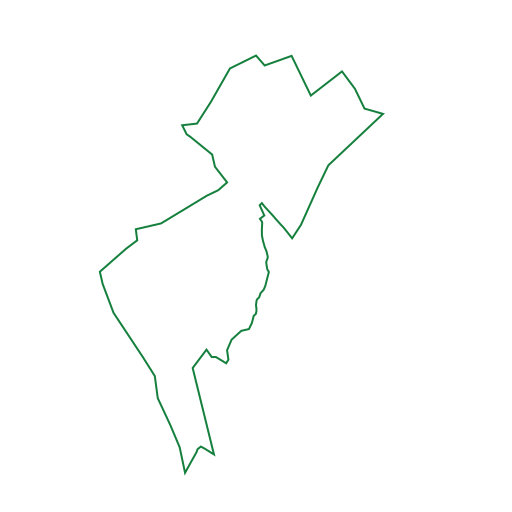 Okaikwei North Municipal, Greater Accra, Ghana (Equal Earth projection), rotated 167°
{"feature_id": "2480657B77934780741907", "entity_name": "Okaikwei North Municipal", "entity_type": "district", "adm_level": 2, "iso_a3": "GHA", "parent_name": "Ghana", "parent_adm1": "Greater Accra", "projection": "equal_earth", "projection_center": [-0.223, 5.629], "detail": "fine", "context": "isolated", "style": "outline", "palette": "green", "viewbox_px": 512, "rotation_deg": 167, "n_neighbors": 0, "source": "geoboundaries", "source_scale": "gbopen_adm2", "svg_char_len": 1382}
<svg xmlns="http://www.w3.org/2000/svg" viewBox="0 0 512 512"><g transform="rotate(167 256 256)"><path d="M216.8,265.1L205.2,276.2L180.3,309.1L165.1,328.1L101.2,365.4L100.3,365.9L117.1,375.2L122.0,396.7L130.7,416.5L166.5,400.0L176.3,443.0L204.7,439.7L210.9,451.3L239.2,444.6L265.1,416.5L283.7,398.3L298.5,400.0L296.2,390.2L293.1,386.8L275.9,364.7L275.9,352.2L267.6,334.2L278.0,328.6L290.4,325.8L341.2,309.1L360.9,309.1L367.1,309.1L368.2,298.0L380.6,292.5L411.7,275.8L411.7,263.3L407.6,232.7L388.9,182.7L381.6,161.8L383.7,139.6L377.5,110.4L373.4,86.8L373.9,60.7L365.5,70.1L358.1,78.2L356.4,80.9L352.6,82.7L349.4,79.9L341.6,72.1L342.9,161.1L325.3,175.9L321.9,167.5L317.8,166.6L309.2,158.2L306.2,161.2L305.4,170.7L298.6,180.0L287.2,186.4L279.3,186.4L275.8,190.8L275.1,191.6L271.7,198.2L269.2,199.6L268.7,200.7L268.1,201.8L267.4,204.6L267.1,208.0L265.4,212.6L264.5,213.7L262.3,214.9L261.1,216.8L260.0,218.7L256.0,221.5L253.6,224.9L247.1,237.5L247.4,238.8L247.8,239.5L248.0,241.4L247.5,247.4L246.8,248.9L244.9,251.8L244.7,253.1L244.7,257.9L245.5,263.0L245.6,265.1L245.8,269.7L245.6,274.7L245.0,277.3L244.5,279.9L242.5,286.9L242.5,288.1L243.8,291.3L242.6,291.9L238.8,293.6L241.0,304.6L238.4,306.2L236.2,301.6L230.2,291.1L229.1,288.9L228.5,287.7L227.9,286.7L227.2,285.4L224.4,280.3L223.5,278.9L222.8,277.7L219.8,271.4L216.8,265.1Z" fill="none" stroke="#15803d" stroke-width="2"/></g></svg>